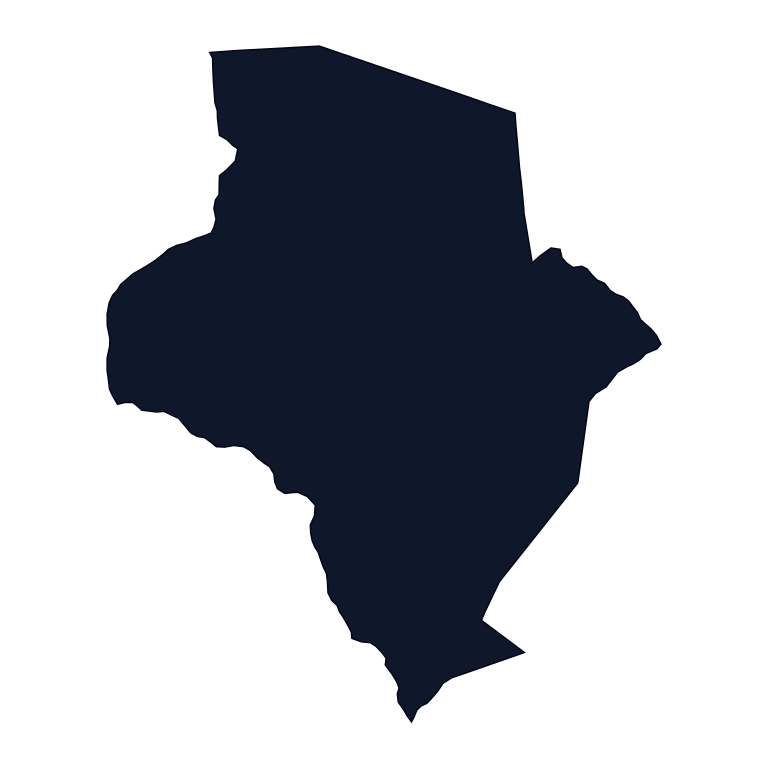 Pé de Serra, Bahia, Brazil
{"feature_id": "56859067B88546215255955", "entity_name": "Pé de Serra", "entity_type": "district", "adm_level": 2, "iso_a3": "BRA", "parent_name": "Brazil", "parent_adm1": "Bahia", "projection": "mercator", "projection_center": [-39.628, -11.892], "detail": "fine", "context": "isolated", "style": "filled", "palette": "ink", "viewbox_px": 768, "rotation_deg": 0, "n_neighbors": 0, "source": "geoboundaries", "source_scale": "gbopen_adm2", "svg_char_len": 2186}
<svg xmlns="http://www.w3.org/2000/svg" viewBox="0 0 768 768"><path d="M176.4,245.5L168.5,249.3L162.6,254.6L155.5,260.3L147.1,265.7L138.1,271.0L132.8,273.9L128.5,277.8L120.8,284.4L117.0,290.7L112.7,295.1L109.1,303.0L107.1,314.3L107.3,325.8L109.9,338.7L109.7,346.0L108.3,352.6L107.1,358.3L107.1,370.3L108.7,381.9L109.4,388.9L112.8,396.2L117.6,404.3L124.7,402.5L132.8,402.5L137.5,406.1L141.6,410.1L156.4,412.0L164.1,411.4L171.2,414.9L178.6,418.3L184.7,425.5L190.8,432.8L197.2,436.4L204.6,437.6L210.2,441.7L216.4,446.7L224.8,447.1L233.7,445.5L243.6,446.7L250.4,450.6L257.4,457.9L264.3,463.2L269.6,466.7L273.9,473.9L274.8,481.9L277.5,488.8L285.0,493.5L292.1,492.6L297.8,492.3L307.3,496.5L315.3,505.2L314.4,516.1L310.3,524.9L310.7,533.0L312.2,540.7L314.8,547.0L318.1,552.0L320.2,558.3L323.3,566.9L326.5,573.6L327.4,581.1L328.0,592.8L331.8,600.4L337.3,605.7L339.5,611.8L342.8,616.6L348.4,626.3L351.3,632.0L351.9,638.4L361.4,641.8L370.3,642.7L376.2,646.5L382.4,653.2L386.1,658.2L385.3,665.0L392.3,674.4L397.0,682.4L399.1,688.0L397.3,693.9L398.3,702.2L403.5,709.5L407.6,716.5L411.5,721.9L414.3,716.4L416.8,710.2L421.1,706.0L427.0,703.2L431.5,698.4L437.2,691.9L443.1,683.2L452.0,677.6L460.7,674.7L524.4,652.5L481.4,620.3L485.0,611.8L499.4,581.7L577.8,482.8L589.0,401.5L595.5,393.4L606.0,387.0L617.5,372.2L626.8,366.8L633.5,363.7L640.6,359.1L645.7,353.6L657.0,348.8L660.9,344.1L656.2,335.1L650.9,328.9L645.1,323.8L640.4,319.4L637.6,312.8L633.6,307.7L628.7,301.1L623.4,297.0L615.6,294.1L610.0,290.3L604.5,283.3L597.0,280.0L592.2,275.2L586.9,268.8L581.6,266.3L573.0,267.5L566.4,262.9L562.0,257.8L560.0,249.3L551.0,248.0L540.2,255.8L532.2,262.9L525.3,220.9L524.1,213.9L523.5,205.6L522.3,193.0L521.3,182.6L519.5,167.4L517.6,144.7L516.0,126.9L515.0,113.2L487.9,103.9L460.7,94.4L406.5,75.9L319.3,46.1L237.4,50.5L209.8,52.5L212.6,58.1L212.7,64.4L212.9,70.2L213.5,83.1L214.1,90.6L214.9,102.6L217.3,110.6L217.5,118.2L218.2,124.7L219.5,135.4L226.9,139.6L233.1,145.7L237.8,148.7L235.2,161.2L226.2,170.3L219.5,175.6L219.2,185.2L219.1,194.6L215.5,199.9L213.9,208.4L216.1,219.3L213.9,227.5L211.1,233.1L203.7,236.0L196.0,238.5L186.3,242.9L176.4,245.5Z" fill="#0f172a" stroke="#020617" stroke-width="1.5"/></svg>